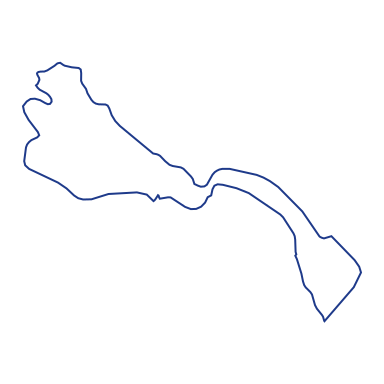 the border of Khorezm
{"feature_id": "UZB-355", "entity_name": "Khorezm", "entity_type": "Region", "adm_level": 1, "iso_a3": "UZB", "parent_name": "Uzbekistan", "parent_adm1": "", "projection": "robinson", "projection_center": [60.994, 41.256], "detail": "fine", "context": "isolated", "style": "outline", "palette": "blue", "viewbox_px": 384, "rotation_deg": 0, "n_neighbors": 0, "source": "natural_earth", "source_scale": "10m", "svg_char_len": 1887}
<svg xmlns="http://www.w3.org/2000/svg" viewBox="0 0 384 384"><path d="M47.8,104.2L50.0,103.9L51.6,101.7L51.4,99.2L50.0,96.8L48.3,94.8L46.4,93.3L39.7,89.7L37.6,87.7L36.0,85.4L37.7,83.8L39.4,79.9L39.1,78.0L37.5,75.1L37.2,74.3L37.0,73.5L37.4,72.7L38.4,72.0L40.6,71.6L44.4,71.5L47.3,70.4L54.5,65.8L57.1,63.6L58.0,63.2L60.2,62.8L63.2,64.9L64.7,65.7L71.8,67.3L78.7,68.0L80.7,69.5L81.2,73.1L81.1,80.8L82.2,83.6L86.0,88.9L87.5,93.3L91.4,99.8L93.4,102.1L95.8,103.6L98.8,104.3L105.5,104.5L107.7,105.6L109.3,108.5L111.7,115.2L115.3,121.1L119.8,125.9L153.1,153.5L156.7,154.2L158.5,154.9L160.1,155.9L165.2,161.2L169.5,164.8L172.7,166.0L180.8,167.4L183.5,168.8L191.0,176.5L192.8,179.0L194.4,184.0L196.6,185.0L197.5,185.5L200.8,186.7L204.4,186.4L206.9,184.7L212.5,174.7L214.7,172.2L216.9,170.7L219.4,169.5L222.2,168.9L229.8,168.9L256.7,174.9L263.5,177.6L269.9,181.1L278.2,187.0L302.3,211.4L319.3,236.2L319.9,236.8L321.9,237.8L324.0,238.4L331.4,236.2L354.6,260.1L359.2,266.7L361.0,272.5L353.8,287.2L324.5,321.2L324.2,320.8L323.1,316.9L322.2,315.3L316.9,308.7L315.0,305.1L312.0,294.5L310.4,292.1L305.7,287.4L304.2,285.1L303.0,281.4L301.4,273.6L296.9,259.1L295.3,255.7L296.3,254.4L295.6,251.9L295.2,239.7L294.7,236.2L293.5,233.4L283.1,217.3L280.3,214.5L248.8,193.1L236.5,188.2L222.8,184.8L217.6,184.3L214.4,185.7L212.5,189.3L211.2,195.4L207.7,197.2L205.1,202.6L201.1,206.7L196.2,208.9L190.9,209.1L185.1,206.9L170.6,197.4L168.1,197.3L159.8,198.7L159.0,197.1L158.6,195.6L158.0,195.2L157.2,196.5L155.3,199.4L154.4,200.4L153.5,201.1L146.8,194.6L136.9,192.4L108.5,194.0L91.5,199.3L83.1,199.5L78.2,198.2L74.1,195.5L66.5,188.4L58.0,182.6L44.5,176.2L29.1,168.9L25.2,165.3L24.2,161.2L26.0,147.4L27.1,144.5L29.0,142.1L31.4,140.1L37.2,137.4L39.2,135.3L37.9,132.1L28.6,119.9L24.3,112.2L23.0,106.2L26.7,101.5L30.5,99.0L34.9,98.7L40.2,100.2L45.1,103.0L47.8,104.2Z" fill="none" stroke="#1e3a8a" stroke-width="2"/></svg>